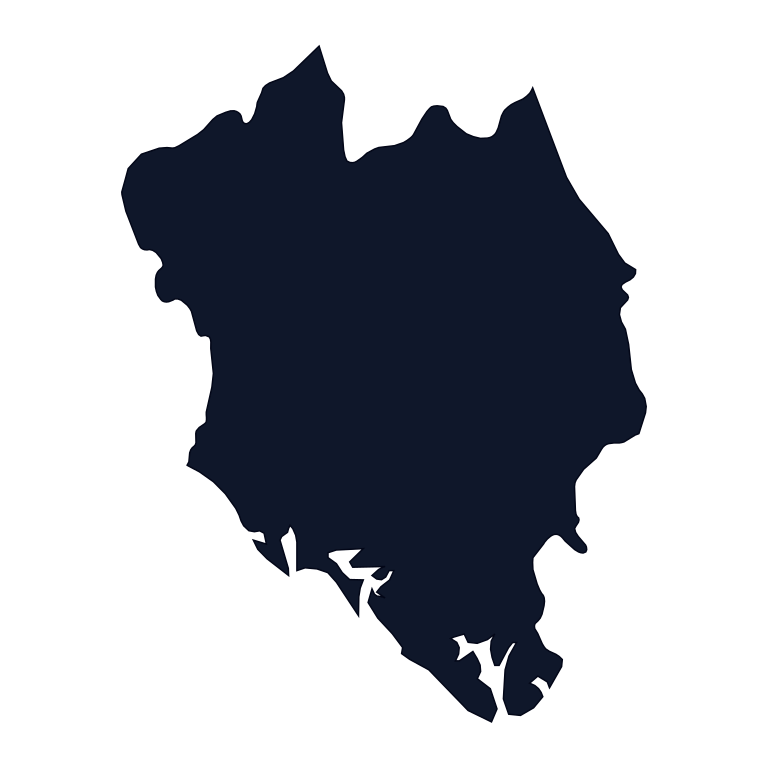 the border of Chanthaburi
{"feature_id": "THA-432", "entity_name": "Chanthaburi", "entity_type": "Province", "adm_level": 1, "iso_a3": "THA", "parent_name": "Thailand", "parent_adm1": "", "projection": "mercator", "projection_center": [102.12, 12.821], "detail": "fine", "context": "isolated", "style": "filled", "palette": "ink", "viewbox_px": 768, "rotation_deg": 0, "n_neighbors": 0, "source": "natural_earth", "source_scale": "10m", "svg_char_len": 4624}
<svg xmlns="http://www.w3.org/2000/svg" viewBox="0 0 768 768"><path d="M635.6,270.1L635.4,273.6L633.4,277.0L630.0,279.8L625.4,282.1L622.0,284.5L621.0,287.0L622.2,289.8L627.6,295.0L628.4,297.4L627.6,299.9L620.4,307.7L619.4,314.6L621.4,321.9L625.4,329.2L628.6,344.4L631.3,369.5L635.4,383.1L639.1,389.9L642.3,394.0L644.7,398.4L646.2,406.5L645.5,412.8L638.9,433.6L638.5,433.8L635.2,435.0L624.0,441.9L621.8,442.5L619.5,442.9L614.1,442.9L608.7,443.6L606.6,444.3L604.7,445.5L603.0,447.1L601.6,449.1L596.3,458.0L583.6,469.3L576.2,479.8L575.0,482.7L574.5,486.5L575.4,510.5L576.0,514.3L577.2,516.7L578.6,517.9L579.0,519.9L578.4,522.3L575.9,526.1L574.6,528.5L575.6,532.4L578.2,536.4L585.6,545.1L586.4,547.0L586.7,549.7L585.8,551.9L583.1,553.0L580.8,552.7L578.5,551.9L574.7,549.6L565.1,541.0L562.5,537.8L561.0,536.3L559.2,535.1L557.1,534.3L554.7,534.3L552.6,535.0L550.6,536.2L547.3,539.0L544.6,542.2L543.6,543.9L532.9,557.7L532.6,562.3L532.9,569.6L537.1,583.9L539.6,589.9L541.7,593.6L542.8,594.8L543.6,596.2L544.2,598.0L544.5,601.3L544.0,605.8L542.0,614.2L540.2,618.1L538.0,620.8L535.0,623.6L534.4,625.9L534.7,628.6L537.7,633.5L542.2,643.7L544.0,646.7L545.7,648.9L549.3,651.3L555.9,654.3L559.2,656.5L562.3,659.5L561.6,666.6L549.7,687.5L549.5,687.8L547.3,681.9L537.8,676.1L529.6,683.2L534.8,685.5L538.5,688.6L541.1,692.4L542.8,696.7L533.6,707.8L520.5,715.4L508.7,714.2L503.4,698.9L505.1,669.9L509.0,656.0L516.6,642.5L512.6,642.5L508.5,647.7L499.1,665.4L494.8,665.4L492.1,657.4L490.6,649.2L491.2,641.2L494.8,634.0L487.4,639.6L477.2,643.3L468.1,642.3L464.2,634.0L453.7,637.1L450.6,638.5L456.8,642.4L459.2,647.6L458.6,654.0L455.4,660.9L459.3,660.9L472.9,651.5L477.2,658.7L480.1,665.1L480.6,671.5L477.3,678.7L490.3,688.7L497.0,708.9L491.5,721.9L468.1,710.5L428.8,669.8L409.6,659.3L401.6,653.6L402.6,647.5L392.3,633.7L377.8,618.1L368.1,602.5L372.0,588.9L374.4,594.2L377.0,596.1L380.6,596.5L385.1,597.9L376.7,592.1L381.0,586.7L389.6,580.0L393.9,570.6L389.1,570.6L385.7,577.0L381.5,579.7L376.7,579.0L372.0,575.5L378.5,569.6L381.7,567.8L385.1,566.5L352.7,567.2L349.7,561.9L363.3,548.6L336.3,550.0L328.0,552.7L328.0,557.6L336.4,563.7L342.2,572.6L349.7,579.6L363.3,579.9L360.2,588.1L358.8,596.8L358.5,615.7L336.4,582.2L327.8,572.6L317.0,568.9L305.1,567.8L296.9,570.6L296.9,542.1L295.7,535.2L292.8,528.6L290.0,525.3L288.6,528.3L287.5,532.3L281.7,536.5L280.0,540.1L288.3,568.3L288.6,575.5L267.1,558.8L257.8,549.3L253.3,540.1L266.4,544.1L264.1,533.2L259.7,530.8L254.4,531.7L248.9,530.7L243.7,525.8L241.1,520.9L239.2,515.3L235.8,508.4L225.3,493.7L213.4,481.7L199.4,471.8L187.1,465.3L187.1,465.2L188.9,461.9L189.7,452.8L190.8,449.8L192.3,447.7L193.9,446.4L195.3,444.9L196.0,442.8L195.8,433.6L196.1,431.7L196.3,431.1L196.5,430.7L199.2,427.5L204.6,423.8L206.1,422.3L206.5,419.9L206.5,417.5L206.3,414.8L206.3,412.1L211.9,387.2L213.4,373.5L210.8,348.5L210.9,342.1L210.5,339.3L209.3,336.9L205.6,335.4L203.2,335.7L201.0,336.1L198.7,334.5L196.7,330.8L191.4,311.2L189.8,308.4L187.2,305.1L181.3,300.2L177.8,298.9L174.8,298.9L173.1,300.0L168.8,301.7L166.4,302.0L164.2,301.7L162.3,300.9L160.8,299.4L157.9,295.4L156.4,291.3L155.5,287.0L155.5,279.1L156.2,275.2L157.5,272.3L158.8,270.6L161.6,268.1L162.6,266.8L162.8,266.4L163.2,265.2L162.7,262.4L161.2,258.6L156.2,252.5L152.7,250.3L149.5,249.5L147.0,249.9L144.5,249.7L142.4,248.9L140.6,247.6L138.6,244.1L125.9,211.2L122.0,194.7L121.8,192.0L125.4,179.0L128.2,168.6L141.4,154.2L159.2,148.2L167.0,147.6L172.4,148.1L174.8,147.8L179.2,145.7L197.6,134.5L203.7,129.7L212.8,119.5L217.1,115.9L225.8,112.3L230.5,110.9L234.2,110.8L236.5,111.5L238.4,112.6L240.0,114.0L241.1,116.0L242.2,120.6L243.2,122.5L244.8,123.6L247.0,123.7L249.4,122.3L251.7,119.7L254.7,113.8L256.8,106.5L257.0,104.3L257.3,102.6L257.5,102.0L261.6,92.9L263.0,88.3L265.5,85.6L269.5,83.0L283.3,77.7L293.4,71.0L319.1,46.1L327.5,73.1L331.3,81.0L341.6,90.8L343.6,94.2L344.4,97.5L344.4,99.9L341.5,122.7L343.6,150.0L345.0,156.7L346.9,161.0L349.9,162.5L352.7,162.7L354.8,162.3L356.8,161.3L362.3,157.4L366.9,153.2L374.6,149.0L378.8,147.5L394.5,145.7L403.5,142.6L407.0,140.5L410.6,137.8L412.2,136.3L413.5,134.6L422.0,118.9L426.9,111.6L429.7,108.4L431.4,106.9L433.9,106.1L437.2,105.8L443.1,106.5L445.8,108.2L447.3,110.4L450.7,119.3L453.1,122.6L457.0,126.5L466.3,133.8L473.4,136.7L480.4,138.4L487.4,138.1L489.7,137.6L491.9,136.7L493.5,135.5L495.0,134.1L496.2,132.4L498.2,128.0L501.5,116.0L503.5,112.0L504.7,110.2L507.9,107.2L511.3,104.6L515.2,102.5L521.3,99.8L523.1,98.9L526.6,96.3L529.7,93.3L530.8,91.6L531.9,89.6L532.7,87.9L566.5,177.3L579.2,199.3L608.2,233.6L618.4,254.3L624.8,263.0L635.6,269.6L635.6,270.1Z" fill="#0f172a" stroke="#020617" stroke-width="1.5"/></svg>